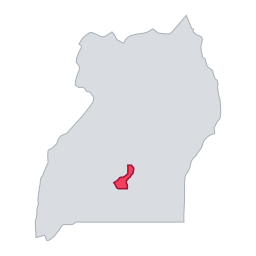 Mpigi highlighted on a map of Uganda
{"feature_id": "UGA-3078", "entity_name": "Mpigi", "entity_type": "District", "adm_level": 1, "iso_a3": "UGA", "parent_name": "Uganda", "parent_adm1": "", "projection": "natural_earth1", "projection_center": [32.214, 0.138], "detail": "fine", "context": "in_parent", "style": "filled", "palette": "rose", "viewbox_px": 256, "rotation_deg": 0, "n_neighbors": 0, "source": "natural_earth", "source_scale": "10m", "svg_char_len": 2656}
<svg xmlns="http://www.w3.org/2000/svg" viewBox="0 0 256 256"><path d="M183.9,222.1L180.2,222.1L174.1,222.1L168.0,222.1L161.9,222.1L155.8,222.1L149.7,222.1L143.7,222.1L137.6,222.1L131.5,222.1L125.4,222.1L119.3,222.1L113.2,222.1L107.2,222.1L101.1,222.1L95.0,222.1L88.9,222.1L82.8,222.1L79.2,222.1L78.5,222.0L78.0,221.8L75.7,222.3L73.3,224.1L70.8,224.8L68.1,224.5L67.8,224.7L66.4,224.6L64.4,224.5L62.6,225.0L61.3,226.5L59.9,229.1L57.4,232.1L55.5,234.7L53.8,236.6L50.0,239.7L47.9,240.6L46.9,240.5L46.3,239.9L45.1,236.0L44.3,235.3L37.0,237.4L35.8,237.4L36.0,236.2L35.4,226.8L35.3,221.1L36.3,217.6L36.9,213.4L36.9,209.8L38.3,203.6L37.8,199.9L39.5,186.9L40.0,184.8L40.7,178.6L41.8,176.6L42.7,175.9L44.0,172.0L46.4,165.9L48.1,162.7L47.7,155.8L48.0,151.1L48.4,150.0L51.9,148.3L56.6,143.9L58.5,138.8L61.3,135.5L66.7,133.4L82.6,115.8L90.0,106.4L93.2,101.5L93.3,99.8L93.9,97.5L92.6,95.7L91.1,94.1L90.6,92.6L89.3,91.8L87.4,91.9L86.1,90.8L84.7,88.6L83.2,87.3L78.7,87.4L75.3,85.2L75.3,82.3L76.7,76.4L79.3,69.7L79.5,67.9L79.1,66.3L78.4,65.0L77.3,63.6L76.1,62.0L77.0,57.2L78.7,52.5L80.0,50.1L81.4,47.5L81.0,45.3L79.0,44.2L80.1,42.1L82.2,38.6L86.2,35.0L89.8,32.6L92.2,32.6L96.8,34.5L101.0,36.7L103.3,36.8L106.1,35.9L111.9,31.9L113.2,33.2L114.9,35.6L116.8,39.6L120.4,41.5L122.2,42.7L123.4,43.1L124.1,42.8L125.5,39.6L127.2,37.9L130.2,35.7L137.1,34.0L141.9,33.5L144.0,33.1L147.4,32.1L152.9,28.8L158.2,33.0L164.1,33.8L169.7,33.8L171.4,32.5L172.4,31.5L178.3,24.7L186.3,15.4L191.7,28.5L193.5,29.2L193.3,30.4L192.8,31.5L196.3,34.6L200.6,36.3L202.1,37.9L202.3,39.7L200.8,47.3L201.1,49.5L202.5,57.2L205.1,58.9L207.3,66.7L211.9,69.9L212.6,70.9L213.6,74.6L215.1,78.7L216.2,79.7L216.8,79.9L218.2,84.3L217.4,86.7L218.5,94.2L220.2,100.8L220.6,108.7L220.7,112.2L220.6,114.4L220.2,117.4L219.4,119.1L217.9,120.8L216.3,123.5L214.9,126.4L214.0,127.8L214.7,132.1L214.5,133.2L214.2,133.7L212.1,134.4L209.4,135.5L207.8,136.7L205.5,138.8L203.7,141.2L201.3,148.1L197.2,153.5L196.5,155.3L192.7,158.5L191.0,162.4L190.0,167.3L188.5,170.8L185.3,175.6L184.5,183.1L184.6,198.2L183.8,215.4L183.9,222.1Z" fill="#d9dde1" stroke="#a8b0b8" stroke-width="1"/><path d="M127.8,171.9L127.9,169.7L127.9,168.1L127.9,167.4L127.8,165.2L131.4,165.2L133.8,168.2L133.3,172.0L132.8,173.5L132.3,174.2L131.5,174.7L131.0,175.2L130.7,176.0L130.3,176.9L129.7,177.5L128.9,177.8L128.3,178.2L127.9,179.3L127.2,180.0L126.5,180.5L126.3,181.3L126.4,183.2L127.3,184.8L127.4,186.6L127.3,188.7L118.7,188.7L117.5,188.4L116.6,187.5L114.7,183.8L113.8,182.7L116.2,181.3L118.4,179.4L119.6,177.8L121.4,177.1L123.1,177.4L124.6,176.4L126.3,175.1L127.2,174.2L127.9,173.4L127.8,171.9Z" fill="#f43f5e" stroke="#9f1239" stroke-width="1.5"/></svg>